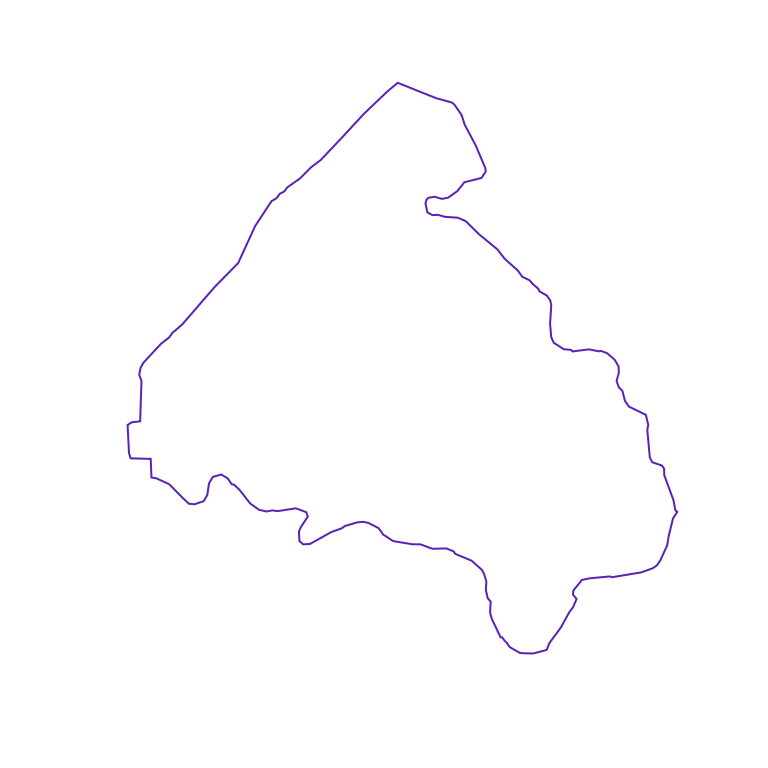 San Miguel Ixtahuacán, San Marcos, Guatemala (Robinson projection), rotated 259°
{"feature_id": "79465075B62576691905378", "entity_name": "San Miguel Ixtahuacán", "entity_type": "district", "adm_level": 2, "iso_a3": "GTM", "parent_name": "Guatemala", "parent_adm1": "San Marcos", "projection": "robinson", "projection_center": [-91.747, 15.27], "detail": "fine", "context": "isolated", "style": "outline", "palette": "violet", "viewbox_px": 768, "rotation_deg": 259, "n_neighbors": 0, "source": "geoboundaries", "source_scale": "gbopen_adm2", "svg_char_len": 2308}
<svg xmlns="http://www.w3.org/2000/svg" viewBox="0 0 768 768"><g transform="rotate(259 384 384)"><path d="M371.7,608.9L375.2,603.1L375.0,601.4L378.9,591.8L380.0,575.2L381.8,574.1L383.9,567.0L392.1,558.5L398.1,557.1L411.4,558.5L429.2,563.2L434.1,563.2L439.8,560.7L445.2,554.3L448.0,553.7L454.0,548.9L457.8,546.9L463.0,540.1L469.7,537.1L483.8,526.4L494.6,520.9L512.8,505.9L528.3,495.3L533.2,488.1L536.4,475.9L539.8,469.1L540.5,463.9L544.2,459.3L553.5,459.2L556.8,460.9L558.3,463.0L558.2,469.3L554.7,476.1L554.6,482.4L559.3,492.7L566.7,501.4L567.7,519.1L573.2,524.4L576.4,524.7L600.5,519.6L623.1,512.7L633.2,511.5L644.7,506.5L647.3,504.4L654.7,489.6L677.0,454.9L670.6,443.2L653.1,415.9L633.6,389.3L615.9,364.5L610.7,353.8L602.0,341.1L595.4,326.5L592.0,322.8L590.6,318.0L586.9,313.9L584.9,308.4L563.7,287.7L530.5,263.9L511.5,236.2L481.1,197.5L475.9,188.5L475.1,186.7L470.6,181.8L466.1,172.9L450.8,151.9L446.3,148.1L439.8,145.5L433.1,146.5L393.9,137.5L394.5,129.0L392.7,124.5L364.9,120.5L359.4,121.1L355.0,140.7L336.6,137.9L334.8,142.6L326.5,154.1L310.4,164.8L303.7,169.6L302.1,175.1L303.4,184.6L308.8,189.4L319.7,193.2L325.5,198.2L326.2,206.9L321.2,212.6L314.7,215.3L313.8,217.6L307.1,222.3L292.3,229.8L284.4,237.3L281.3,244.2L281.2,250.4L279.5,255.2L278.8,273.8L273.0,283.2L268.4,283.9L259.2,274.9L255.2,272.3L246.0,271.0L242.0,274.1L241.1,280.8L248.7,304.0L250.4,315.0L252.1,318.7L253.3,331.7L252.6,337.7L250.5,342.3L243.7,351.0L240.1,352.9L236.5,354.3L228.0,363.1L221.3,381.2L219.6,389.4L214.3,397.8L212.9,400.6L210.7,413.9L206.4,420.4L203.6,421.6L193.8,436.3L182.9,444.6L178.5,446.0L170.6,446.8L162.4,444.7L154.1,444.9L150.0,447.2L139.5,444.5L132.5,445.1L113.1,450.1L112.8,451.6L108.6,453.6L106.9,454.9L101.8,457.2L98.0,461.5L94.1,466.1L92.7,471.1L91.0,479.3L91.9,492.9L98.1,496.9L111.2,511.1L124.9,522.6L128.8,527.0L136.2,532.0L141.2,529.3L145.0,530.4L146.4,532.0L152.2,538.9L153.9,540.9L154.0,549.0L152.0,568.9L150.8,571.1L150.0,600.6L151.8,612.4L153.8,617.2L158.3,621.7L171.4,631.1L180.7,634.6L197.0,642.1L202.5,647.5L204.4,645.9L214.9,646.0L240.9,641.7L247.4,642.8L250.9,641.3L256.0,632.4L261.1,630.9L288.6,633.7L293.5,635.6L303.8,635.1L315.1,620.1L321.5,617.3L331.8,616.7L335.9,613.9L342.6,612.9L350.3,616.7L356.6,617.6L363.7,615.1L371.7,608.9Z" fill="none" stroke="#5b21b6" stroke-width="2"/></g></svg>